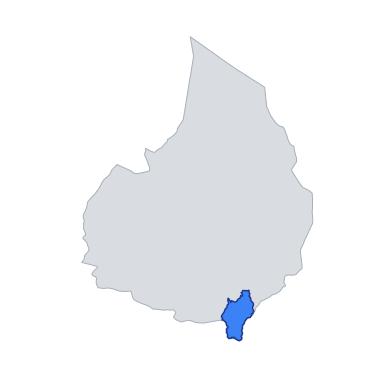 Gambela Peoples highlighted on a map of Ethiopia, rotated 262°
{"feature_id": "ETH-3130", "entity_name": "Gambela Peoples", "entity_type": "Administrative State", "adm_level": 1, "iso_a3": "ETH", "parent_name": "Ethiopia", "parent_adm1": "", "projection": "orthographic", "projection_center": [34.092, 7.81], "detail": "fine", "context": "in_parent", "style": "filled", "palette": "blue", "viewbox_px": 384, "rotation_deg": 262, "n_neighbors": 0, "source": "natural_earth", "source_scale": "10m", "svg_char_len": 6486}
<svg xmlns="http://www.w3.org/2000/svg" viewBox="0 0 384 384"><g transform="rotate(262 192 192)"><path d="M85.4,269.0L85.1,268.6L83.3,267.1L81.5,265.2L80.5,263.1L79.5,261.3L79.0,257.4L77.7,255.0L76.4,252.1L74.6,246.5L73.8,244.6L72.3,243.3L70.7,242.1L69.1,239.6L64.8,237.4L63.2,235.7L60.4,232.8L59.6,231.3L59.4,229.8L58.6,228.4L57.0,226.8L52.1,223.4L50.7,223.0L49.0,222.7L46.4,222.3L43.0,221.5L40.0,220.2L38.6,219.3L38.3,218.6L38.6,217.5L39.7,215.7L41.7,211.3L43.2,208.2L44.1,207.4L46.8,207.2L49.6,207.3L51.7,207.5L54.6,207.5L58.1,207.3L59.4,206.2L60.5,205.1L61.0,204.4L61.1,202.4L61.1,200.8L60.9,194.8L60.8,191.0L60.6,186.8L60.6,186.0L60.7,184.9L61.5,180.4L62.3,177.8L62.9,176.4L65.0,172.1L65.4,170.7L65.5,169.4L64.7,163.7L66.1,160.9L67.9,158.2L69.5,157.1L70.8,156.3L71.4,156.6L72.9,157.9L74.9,159.1L75.8,158.8L77.2,157.7L78.2,156.6L78.0,154.6L78.9,150.4L78.8,148.0L79.7,145.0L80.8,140.8L81.2,138.1L81.8,136.7L84.7,133.8L87.1,129.6L88.7,126.6L91.7,121.6L93.2,119.8L94.4,119.1L96.2,118.5L99.6,118.1L102.1,117.7L102.4,117.0L102.6,116.0L102.6,113.8L103.1,110.0L104.1,106.3L105.3,103.5L106.0,102.2L106.8,101.0L107.7,98.9L108.8,94.4L108.7,91.3L110.3,85.7L110.6,85.7L113.4,84.7L116.1,84.5L118.7,85.2L120.4,85.4L121.2,85.0L121.9,84.1L122.5,82.6L123.6,81.7L125.0,81.5L127.0,83.2L130.2,87.7L131.0,87.9L131.5,87.8L133.0,84.2L134.2,81.4L136.3,76.2L137.6,73.2L138.8,74.0L140.0,75.5L141.4,76.2L142.9,76.7L143.6,76.7L144.5,77.3L147.7,81.0L148.8,81.9L150.3,81.9L156.5,80.7L160.1,78.4L160.7,77.6L161.7,77.6L163.0,78.5L163.4,79.4L164.3,80.6L165.7,80.8L169.3,79.9L171.0,79.4L172.5,79.8L174.3,80.1L175.5,80.1L178.3,81.3L181.7,80.8L183.3,80.9L184.9,81.4L187.6,83.3L191.2,85.5L196.1,87.1L197.2,87.8L199.6,90.4L203.5,95.5L208.5,100.4L213.9,104.2L216.8,106.8L218.8,110.1L220.8,113.0L222.7,114.3L224.5,115.3L226.4,117.5L227.8,119.4L229.7,121.5L227.8,124.5L225.2,128.5L222.3,133.2L221.4,134.4L218.7,137.2L218.3,138.0L217.8,140.1L217.9,143.7L218.3,148.4L218.8,152.8L220.3,153.2L222.0,153.5L224.0,152.9L226.3,152.4L229.1,152.0L232.3,151.1L234.2,150.4L236.1,150.4L237.9,151.1L238.8,151.8L240.0,152.0L241.6,151.9L241.3,152.7L240.5,153.9L239.4,155.2L238.5,156.4L236.5,159.9L236.5,160.4L236.7,161.0L237.9,162.6L239.2,165.1L239.9,167.5L240.5,168.6L241.9,169.9L244.1,172.5L245.2,174.3L247.6,175.2L248.4,177.5L250.2,180.8L252.1,183.5L254.0,185.5L256.0,186.3L256.8,186.3L261.1,190.1L264.4,193.0L265.2,193.5L271.0,195.3L277.7,197.4L283.1,199.0L289.9,201.2L296.6,203.2L302.9,205.2L311.8,208.0L318.9,210.2L324.6,212.0L325.8,212.5L345.9,211.9L341.1,217.0L335.7,222.8L329.9,228.9L326.2,232.9L320.3,239.1L315.4,244.3L310.3,249.9L305.7,255.0L299.7,262.1L295.8,266.6L289.7,273.8L285.8,278.3L285.2,278.5L279.6,278.3L274.1,278.1L267.1,277.9L266.3,277.9L264.2,278.4L263.0,278.8L258.0,280.1L257.0,280.4L252.9,282.4L248.6,284.7L246.4,286.5L244.6,289.0L243.9,290.8L243.1,291.5L241.8,292.2L232.8,294.1L230.2,294.4L226.0,295.8L223.8,298.0L223.1,299.2L220.1,299.2L214.8,299.6L212.5,300.0L211.4,300.1L209.4,300.1L207.7,299.8L206.6,299.2L205.2,297.8L202.1,295.1L199.9,293.4L195.0,295.5L190.6,297.5L184.4,300.4L180.8,302.5L179.7,304.5L177.0,308.3L174.5,310.6L173.6,310.8L168.0,310.4L166.0,310.0L162.7,309.6L158.2,308.9L155.2,308.1L151.9,308.0L147.2,307.7L144.3,307.1L141.3,305.1L137.5,302.7L133.6,300.2L129.6,297.6L124.8,294.7L119.6,291.4L118.4,291.1L117.9,291.0L112.3,290.9L106.4,290.8L102.4,290.7L101.2,290.3L100.3,289.6L99.1,287.2L97.5,285.5L95.8,283.3L95.6,280.3L96.1,277.0L96.5,276.0L96.3,274.9L96.3,273.4L95.4,272.1L89.6,270.5L88.7,270.6L87.7,271.2L86.6,271.6L85.8,271.2L85.4,270.7L85.3,269.7L85.4,269.0Z" fill="#d9dde1" stroke="#a8b0b8" stroke-width="1"/><path d="M53.7,208.9L53.9,208.8L54.0,208.8L54.8,208.1L55.1,207.9L55.4,207.8L55.7,207.7L56.4,207.6L57.6,207.6L58.0,207.5L58.4,207.2L60.5,205.4L60.9,204.9L61.2,204.4L61.2,204.0L61.7,204.2L62.1,204.6L62.4,204.8L62.6,204.7L63.6,204.0L64.1,203.8L64.6,203.9L65.3,204.2L66.3,204.9L68.1,206.6L69.1,207.4L71.2,208.5L71.8,209.0L72.6,210.1L73.0,210.5L73.6,210.8L74.8,211.0L75.2,211.3L75.6,212.0L76.0,212.5L76.5,212.7L77.2,212.7L78.7,212.5L79.9,212.5L81.0,212.6L81.6,213.1L81.5,213.4L80.9,213.6L79.9,214.0L78.6,214.7L77.7,215.1L77.5,215.3L77.7,215.6L78.7,215.9L78.8,216.1L78.7,216.4L77.4,218.2L77.1,219.1L77.1,220.1L77.5,221.0L78.2,221.6L78.9,222.2L79.6,222.9L79.8,223.3L80.0,224.3L80.1,224.7L80.5,225.0L82.5,225.7L82.8,226.0L82.6,226.3L82.4,226.6L82.0,227.0L81.9,227.3L82.3,227.5L82.9,227.5L83.2,227.6L83.7,227.8L83.9,227.7L84.0,227.6L84.6,227.3L85.0,227.0L85.3,226.6L85.2,226.2L85.4,226.5L85.2,227.2L85.4,227.4L86.9,228.2L87.2,228.5L87.4,229.0L87.3,229.4L86.9,230.8L86.9,231.1L86.9,231.4L86.9,231.7L86.6,232.2L86.6,232.5L86.5,233.2L86.5,233.4L86.5,233.6L86.7,234.0L86.8,234.2L86.6,234.7L86.1,234.7L84.9,234.5L84.4,234.6L83.6,235.0L83.0,235.0L82.6,234.9L82.0,234.7L81.5,234.4L81.1,234.0L80.8,234.4L80.4,234.6L79.9,234.7L79.5,234.6L79.2,235.1L78.7,235.3L77.4,235.2L76.7,235.3L76.0,235.4L75.5,235.6L74.9,236.1L74.4,236.6L73.9,236.9L73.4,237.1L72.8,237.2L72.1,237.2L71.5,237.1L70.8,236.8L70.3,236.4L69.7,236.0L68.9,235.8L68.1,235.8L67.3,236.0L66.3,236.4L65.8,236.5L65.2,236.5L64.8,236.1L64.2,235.6L63.5,235.2L63.1,235.4L63.1,234.8L63.0,234.3L62.8,234.0L62.5,233.8L62.2,234.0L61.8,234.1L61.4,233.8L60.8,233.1L59.8,232.3L59.7,232.2L59.7,230.2L59.5,229.5L59.2,228.9L56.6,226.3L56.0,225.9L55.7,225.8L55.3,225.8L55.1,225.7L54.1,225.0L53.4,224.0L53.1,223.7L52.9,223.6L52.3,223.4L51.7,223.1L50.1,223.1L49.7,223.0L49.5,222.8L49.2,222.5L49.0,222.3L48.8,222.2L48.4,222.1L48.2,221.9L47.9,221.8L47.3,221.8L46.4,222.0L45.7,222.4L44.3,222.1L44.0,221.8L43.6,221.4L43.3,221.1L43.1,221.1L42.5,221.0L41.9,220.7L41.7,220.7L41.0,220.8L40.9,220.9L40.8,221.1L40.5,221.0L40.1,220.8L39.5,220.8L39.3,220.7L39.2,220.4L39.1,220.2L38.8,220.0L38.6,219.6L38.1,218.3L38.2,218.0L38.4,217.7L38.5,217.7L38.6,217.4L38.7,217.2L38.8,216.8L38.9,216.6L39.2,216.2L40.4,215.0L40.5,214.8L40.6,214.6L40.7,214.3L41.4,214.2L41.7,214.1L42.0,213.9L42.1,213.6L42.2,213.2L41.9,212.8L41.8,212.7L41.8,212.4L41.8,212.2L42.1,211.8L42.3,211.7L42.6,211.5L42.6,211.2L42.3,211.1L42.2,211.0L42.0,210.8L41.9,210.6L41.7,210.4L41.7,210.2L41.9,209.6L41.9,209.3L41.7,209.1L41.8,208.8L41.8,208.7L41.8,208.4L41.8,208.2L42.2,207.9L42.5,207.9L42.7,207.7L43.2,207.0L43.6,206.9L45.8,207.4L46.0,207.4L46.3,207.2L46.6,207.1L46.9,207.1L48.3,207.0L48.5,206.9L48.4,206.6L48.8,206.6L49.1,206.8L49.4,207.1L49.8,207.2L50.1,207.1L50.4,207.0L50.7,206.8L51.2,206.9L51.8,207.5L52.2,208.2L52.7,208.7L53.7,208.9Z" fill="#3b82f6" stroke="#1e3a8a" stroke-width="1.5"/></g></svg>